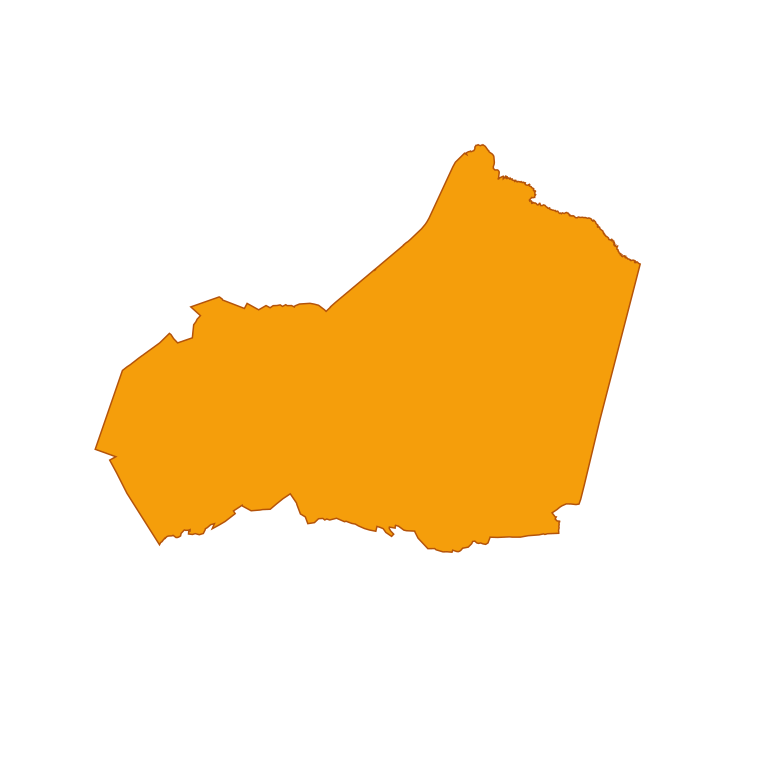 Ādažu pag., Ādaži, Latvia (Albers equal-area conic projection), rotated 32°
{"feature_id": "27541924B55238306547203", "entity_name": "Ādažu pag.", "entity_type": "district", "adm_level": 2, "iso_a3": "LVA", "parent_name": "Latvia", "parent_adm1": "Ādaži", "projection": "albers", "projection_center": [24.403, 57.108], "detail": "fine", "context": "isolated", "style": "filled", "palette": "amber", "viewbox_px": 768, "rotation_deg": 32, "n_neighbors": 0, "source": "geoboundaries", "source_scale": "gbopen_adm2", "svg_char_len": 6170}
<svg xmlns="http://www.w3.org/2000/svg" viewBox="0 0 768 768"><g transform="rotate(32 384 384)"><path d="M613.0,382.5L611.9,377.5L607.3,363.3L586.0,299.7L537.7,146.5L536.1,146.8L534.1,146.3L533.5,146.6L533.5,147.4L532.5,148.1L531.9,147.8L532.1,146.9L531.8,146.5L531.1,146.8L530.2,146.6L529.6,147.2L528.7,147.5L528.1,148.5L527.4,148.5L526.9,148.1L526.4,148.4L525.4,148.2L524.5,148.8L522.5,148.0L522.3,148.1L522.3,148.8L521.7,149.0L521.2,148.6L521.0,147.8L520.5,148.3L520.0,147.9L519.2,148.5L518.8,149.6L517.8,149.6L517.4,149.2L517.4,148.5L516.0,149.2L515.6,148.8L515.8,148.3L515.7,148.0L514.1,148.3L513.1,147.5L512.1,147.2L511.6,146.3L510.1,146.2L509.1,144.7L509.2,143.8L509.0,143.4L508.6,144.1L507.9,144.5L507.3,144.4L507.0,143.7L506.4,144.6L505.9,144.5L505.6,143.7L505.2,144.0L504.9,143.8L504.7,143.4L505.0,142.7L504.4,142.5L504.3,142.0L503.3,142.1L503.3,141.8L503.4,141.4L503.2,141.1L502.6,141.3L501.8,140.9L501.7,141.5L501.4,141.8L500.5,140.9L500.4,141.6L500.1,141.9L499.1,141.8L498.7,142.2L498.1,142.3L496.9,141.2L494.8,140.9L494.0,141.2L493.0,140.5L492.2,140.7L491.4,139.9L491.0,140.2L490.4,140.0L489.9,139.1L489.0,138.9L488.5,138.3L485.1,138.0L483.7,136.8L483.0,136.9L482.5,137.6L481.9,137.7L481.4,137.1L481.3,136.8L481.6,136.4L481.3,136.0L478.8,135.6L477.5,134.5L475.0,133.9L474.9,134.1L475.2,134.8L474.7,135.2L474.2,134.8L473.3,135.0L472.8,134.4L471.7,134.2L469.7,134.6L469.1,135.5L466.3,136.2L465.4,137.0L464.0,137.4L462.0,138.9L460.6,139.2L460.1,139.7L459.8,140.6L458.4,141.4L455.7,140.9L454.9,141.6L454.2,141.6L453.7,142.4L452.7,142.4L452.1,142.9L451.7,142.6L451.6,141.9L450.6,142.0L449.5,141.5L449.0,141.9L448.1,141.7L447.4,142.3L446.5,143.9L444.5,144.4L444.2,145.6L443.1,145.5L442.7,146.2L441.6,146.2L439.8,145.4L439.2,145.7L438.6,146.6L437.3,146.1L436.7,146.7L435.5,146.8L434.9,147.3L433.8,147.3L432.4,147.9L431.9,147.7L431.4,147.0L430.9,147.0L430.3,148.0L429.9,148.1L428.7,147.7L427.8,147.8L425.8,147.2L424.3,147.6L423.7,148.8L422.5,149.6L420.4,148.2L420.0,148.5L420.1,149.8L419.6,150.6L419.1,150.8L417.5,150.3L416.0,150.4L415.6,151.0L414.0,151.0L413.8,151.2L414.1,152.0L413.6,152.5L413.0,152.1L412.6,151.1L412.1,150.7L411.5,150.8L410.8,151.7L409.8,151.0L409.8,150.6L410.1,149.9L410.0,149.2L410.3,148.5L410.4,147.5L411.7,147.1L412.1,146.4L412.9,145.9L412.2,144.6L412.3,143.2L411.4,143.3L411.0,142.3L410.2,141.6L410.1,141.2L410.4,140.7L410.3,140.2L409.8,140.1L408.6,140.8L407.8,140.3L407.8,139.4L407.4,139.0L405.2,139.2L404.3,138.7L402.4,139.0L401.9,138.6L401.9,137.7L401.6,137.6L401.5,138.0L401.0,138.3L400.7,139.2L399.5,139.8L398.3,139.9L397.1,139.4L397.4,138.8L397.3,138.5L396.5,138.7L396.1,139.1L395.0,139.1L394.5,140.0L393.0,139.7L392.6,140.6L391.8,140.6L390.3,141.2L390.1,141.8L389.8,142.0L389.6,141.7L388.4,142.1L387.8,141.5L386.9,142.1L387.1,142.7L386.3,142.4L385.4,142.9L384.5,143.0L384.0,142.2L383.0,143.0L382.0,142.6L382.1,143.2L381.9,143.6L380.9,143.2L380.4,143.3L380.5,143.5L379.6,143.8L379.5,144.6L379.2,144.8L378.2,144.7L378.9,143.5L378.7,143.0L377.6,143.3L377.1,143.1L376.9,143.5L377.3,144.8L376.6,145.9L376.4,146.8L376.1,146.4L376.0,145.1L375.0,144.6L373.0,147.6L372.5,149.4L372.1,149.5L371.8,148.0L371.2,147.0L369.7,143.7L368.9,142.8L367.6,142.3L366.6,142.4L364.7,143.7L362.5,143.2L361.5,141.7L360.9,139.2L360.1,137.5L356.7,133.0L355.7,132.2L353.8,131.6L350.6,131.5L349.4,131.1L349.1,130.6L348.5,130.7L344.0,128.8L341.2,128.7L341.2,129.1L340.3,129.5L339.6,130.7L338.0,131.2L337.0,131.2L336.3,132.5L335.6,132.7L335.5,134.9L336.3,136.1L336.5,137.3L336.5,138.5L334.7,140.9L333.8,140.7L333.5,141.4L332.5,142.3L331.2,144.6L332.6,145.6L330.0,145.6L327.0,158.1L327.3,163.3L334.3,219.3L334.5,223.6L334.4,226.6L333.6,232.5L329.8,247.3L328.7,251.0L328.1,252.0L326.9,255.7L327.1,255.8L315.5,291.8L316.1,291.8L315.8,292.7L315.2,292.6L299.6,340.5L297.7,347.0L297.9,347.2L296.4,353.1L294.2,352.6L286.8,351.9L282.6,353.2L278.5,354.8L269.9,361.0L267.4,364.5L266.9,365.5L267.1,366.2L264.0,366.5L260.3,368.9L258.7,368.8L256.8,372.0L254.1,371.9L251.6,374.2L248.5,376.3L247.0,379.7L242.4,380.0L238.4,387.5L225.2,388.2L225.6,393.9L202.7,398.3L201.8,397.7L198.4,397.4L198.0,397.6L179.3,421.0L192.1,423.3L191.2,428.1L191.5,430.8L191.2,434.6L197.0,446.4L187.2,458.5L181.5,457.0L177.2,455.0L175.2,454.8L172.0,468.0L162.4,491.7L158.4,502.6L157.0,505.6L155.0,511.1L173.7,592.4L195.1,587.8L191.7,593.9L204.4,601.1L223.9,612.9L278.8,639.3L278.6,636.8L279.2,635.6L279.2,634.6L279.4,634.5L279.4,633.2L279.6,632.7L279.7,631.5L279.9,631.2L280.0,631.4L280.3,630.9L279.9,630.4L280.5,629.7L280.6,628.7L281.2,627.9L281.8,627.1L284.7,625.1L285.3,624.1L289.0,624.4L290.2,623.6L291.0,622.6L292.0,620.6L291.1,618.2L292.0,613.6L293.4,613.2L295.7,611.6L296.7,610.2L297.5,611.5L296.6,612.7L297.7,614.8L301.3,613.1L303.2,610.9L307.2,609.7L310.0,606.5L309.6,602.4L309.2,601.4L310.3,599.4L311.6,595.1L314.2,592.3L315.0,597.8L318.7,591.3L322.1,584.8L326.5,572.8L323.6,571.4L328.0,561.9L328.8,562.5L338.5,561.9L345.6,556.6L347.6,554.8L353.9,550.5L356.4,542.6L359.1,534.8L362.7,526.8L372.9,531.3L374.0,532.4L382.0,538.5L387.7,538.4L393.4,542.8L398.5,538.4L399.9,532.9L403.4,530.4L405.8,530.7L407.0,528.8L410.0,528.1L414.9,523.0L423.5,521.7L424.6,520.5L430.6,519.3L433.9,518.0L437.4,517.9L444.1,516.9L449.1,515.5L455.1,513.2L453.5,508.5L456.5,507.7L460.0,507.1L464.2,508.9L471.2,509.2L471.8,506.2L467.5,505.1L465.0,503.7L464.6,503.1L464.4,502.5L469.8,500.3L468.7,498.2L468.7,497.7L471.7,496.9L478.3,497.4L480.8,496.5L488.0,492.5L488.8,493.2L494.6,496.7L508.5,500.4L514.2,496.7L516.0,497.0L523.0,495.1L526.3,492.9L530.8,490.6L530.3,488.5L534.5,487.5L535.9,486.8L536.8,485.6L537.4,483.9L537.7,481.6L541.9,477.7L543.0,472.9L542.6,470.6L544.3,469.1L546.8,469.6L548.6,469.1L550.2,467.6L552.7,467.1L555.2,466.1L556.4,463.7L555.3,458.3L555.1,457.7L561.5,454.0L571.5,447.1L574.1,445.8L580.9,441.5L586.7,436.2L595.4,429.8L598.7,426.6L600.0,426.4L600.7,425.8L601.9,424.4L611.3,418.0L610.4,416.6L609.5,415.5L608.7,413.2L607.6,411.9L607.1,410.5L605.9,408.9L605.8,408.3L606.0,407.8L605.6,407.3L603.4,408.4L600.7,407.8L600.5,405.5L599.6,406.0L594.8,404.2L597.2,398.9L598.3,395.5L599.4,393.1L602.1,389.1L606.1,386.7L610.7,384.5L613.0,382.5Z" fill="#f59e0b" stroke="#b45309" stroke-width="1.5"/></g></svg>